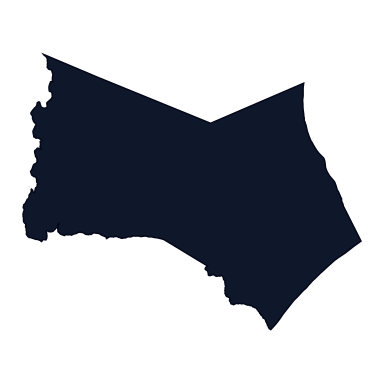 Coronel Felipe Varela, La Rioja, Argentina
{"feature_id": "61730980B22460334108875", "entity_name": "Coronel Felipe Varela", "entity_type": "district", "adm_level": 2, "iso_a3": "ARG", "parent_name": "Argentina", "parent_adm1": "La Rioja", "projection": "mercator", "projection_center": [-68.539, -29.475], "detail": "fine", "context": "isolated", "style": "filled", "palette": "ink", "viewbox_px": 384, "rotation_deg": 0, "n_neighbors": 0, "source": "geoboundaries", "source_scale": "gbopen_adm2", "svg_char_len": 5789}
<svg xmlns="http://www.w3.org/2000/svg" viewBox="0 0 384 384"><path d="M361.0,241.1L343.4,206.2L342.9,204.0L341.9,201.9L341.6,200.8L341.5,198.5L340.9,197.5L338.6,192.1L337.4,190.1L336.9,189.1L336.4,186.8L334.8,182.4L334.2,181.4L331.2,177.8L329.7,176.1L327.3,172.1L326.4,170.0L325.6,167.8L325.4,166.7L325.2,164.3L324.7,160.9L324.0,158.7L323.3,157.7L319.2,153.6L316.4,150.0L313.4,145.0L312.3,142.9L311.0,141.0L309.2,136.7L307.3,131.2L305.8,124.4L305.2,123.5L305.1,122.3L304.5,121.2L304.2,120.1L304.2,117.8L303.9,116.7L303.6,113.3L303.0,108.6L302.9,106.3L302.9,104.0L302.6,100.5L303.1,95.9L303.1,87.8L303.7,83.2L210.6,123.3L97.0,77.0L43.5,54.4L44.1,55.2L44.5,55.4L45.0,55.9L45.7,56.4L46.5,57.2L47.1,58.2L47.4,59.3L47.3,61.0L47.6,62.2L47.4,64.4L47.5,66.0L47.2,67.1L48.0,68.3L48.9,69.3L51.5,69.9L51.6,70.1L52.9,74.4L53.0,75.0L52.5,76.8L52.4,79.9L52.5,80.5L53.1,81.4L53.1,82.0L52.8,82.0L52.4,81.8L51.2,81.6L50.8,81.7L50.4,82.1L50.4,82.7L49.7,84.0L49.0,86.6L49.0,88.9L49.3,91.0L50.0,91.5L51.3,91.9L51.9,92.4L52.3,96.1L52.2,97.1L51.4,98.8L50.2,99.7L49.5,100.6L48.8,101.0L48.6,101.3L47.9,101.8L46.9,102.8L46.8,103.3L47.2,106.2L47.1,107.0L46.6,107.5L46.0,107.9L45.2,108.1L43.8,108.2L42.7,107.9L41.1,106.9L40.1,103.9L40.0,103.0L39.6,102.6L39.6,102.2L39.0,101.9L38.4,102.0L37.1,103.0L37.1,104.3L36.3,106.4L35.2,107.6L34.5,108.0L33.4,109.6L32.8,110.0L31.7,111.7L31.2,112.4L30.9,113.0L31.0,113.9L31.7,115.0L32.3,115.7L32.6,116.3L32.5,118.3L33.5,121.2L33.7,121.6L34.2,122.0L34.6,122.7L35.4,123.4L36.0,124.4L36.2,125.0L36.0,125.4L35.3,126.0L35.0,126.4L34.5,128.2L34.2,128.4L33.0,131.1L33.0,132.2L33.2,132.5L33.2,133.4L33.6,135.0L33.8,136.8L35.2,137.4L35.8,138.1L36.2,138.2L38.0,137.9L38.4,138.0L39.4,138.8L40.3,139.1L41.0,139.6L41.5,140.4L41.1,140.9L40.5,141.2L40.2,141.6L40.2,142.0L40.4,142.8L40.5,145.2L40.1,146.1L40.1,146.9L41.1,147.8L41.3,148.6L40.7,149.3L40.3,149.2L39.7,148.7L39.2,148.4L37.5,148.1L37.0,148.5L36.6,149.3L34.9,150.5L34.8,150.8L34.6,151.6L34.8,153.0L35.1,153.8L35.6,156.5L36.3,157.4L36.9,158.5L36.9,159.1L37.0,159.3L37.1,159.8L37.0,160.7L37.2,161.4L36.8,162.3L36.5,162.6L36.1,163.3L34.1,164.3L33.7,164.7L33.2,165.7L32.1,169.0L31.2,170.7L30.7,171.1L30.6,171.7L31.5,174.4L32.0,175.3L32.6,175.6L33.7,176.5L34.7,176.7L35.9,177.3L36.1,177.6L36.6,179.4L36.7,182.1L37.3,182.7L37.5,183.5L37.5,184.2L37.2,184.6L37.1,186.6L35.7,187.8L35.3,188.6L35.1,190.2L34.7,191.9L34.2,192.4L33.6,192.5L33.0,191.7L32.7,190.3L32.1,189.7L31.5,189.1L31.2,189.4L31.3,190.2L31.2,191.7L30.9,192.6L29.3,194.8L29.0,196.0L29.1,197.1L28.9,197.6L28.1,199.0L27.4,199.2L27.1,199.6L26.7,200.3L26.6,200.9L25.9,202.0L25.7,202.7L24.9,203.7L23.7,204.9L23.7,205.5L23.2,207.4L23.3,207.9L24.1,208.8L24.2,210.0L23.4,212.5L23.0,214.5L23.2,215.1L23.1,216.3L23.6,218.7L23.5,220.2L23.6,221.6L24.5,223.0L25.3,223.6L25.7,224.0L25.7,225.2L25.6,225.7L25.6,227.3L26.2,228.2L26.2,230.4L26.6,231.5L26.4,234.5L27.2,235.4L27.8,236.5L28.7,237.0L29.1,237.5L30.3,237.5L36.0,239.4L36.9,239.3L38.1,239.6L38.9,240.0L39.9,240.3L41.0,241.0L41.3,241.5L42.1,241.0L42.4,240.2L43.0,239.7L43.5,239.6L45.9,239.9L46.1,239.7L46.8,237.9L46.8,236.3L47.0,235.8L46.9,235.5L46.7,235.3L46.7,233.5L46.6,232.8L46.3,232.3L46.5,231.2L47.1,230.7L47.9,231.0L48.1,231.2L48.5,231.2L49.0,231.7L50.7,231.8L52.0,231.6L53.1,231.2L53.9,230.5L54.2,229.9L55.0,229.4L55.7,228.4L57.4,227.1L57.7,225.2L58.4,223.9L58.9,223.6L58.2,226.1L58.1,227.7L57.8,228.2L57.8,229.3L58.0,230.0L58.0,231.7L59.0,232.5L59.8,233.5L60.3,233.9L61.2,234.4L63.7,235.3L64.7,235.5L65.4,234.9L66.2,234.5L67.5,234.9L70.4,234.6L71.2,235.1L71.6,235.1L73.8,234.0L76.5,233.4L77.6,232.7L78.9,232.3L80.1,232.2L80.6,232.2L81.0,232.4L82.7,232.5L84.9,233.8L85.6,234.3L88.6,234.7L89.6,234.4L91.2,234.4L93.3,233.0L94.2,232.7L94.7,233.0L98.2,233.4L99.4,233.7L101.7,235.2L105.3,236.6L105.9,237.0L106.4,237.6L106.5,238.5L106.9,238.5L107.7,237.7L108.4,237.5L109.0,237.0L109.9,236.7L112.1,236.7L113.5,237.0L114.7,236.4L115.3,236.6L116.9,236.4L117.5,236.6L118.3,237.3L119.5,237.4L121.4,238.3L123.3,238.1L124.0,237.8L125.7,237.9L127.2,237.0L128.2,236.8L130.0,236.9L131.3,236.7L132.7,236.1L133.7,235.9L134.2,235.9L134.7,236.1L138.9,236.0L140.8,236.6L145.2,236.0L146.5,236.2L148.8,236.9L150.7,236.8L152.2,237.0L153.8,237.4L157.7,237.9L161.9,238.9L164.0,239.6L207.4,265.9L206.5,266.6L205.6,267.7L205.2,268.7L205.2,269.2L205.8,269.8L207.1,270.5L207.7,271.4L208.3,273.4L208.3,274.5L208.5,275.2L209.1,275.5L210.0,275.6L212.7,274.8L213.7,274.7L214.5,275.1L215.4,275.9L216.1,276.2L216.9,276.3L217.8,276.0L218.7,275.9L219.2,275.9L219.3,276.0L219.9,276.2L220.8,275.5L221.2,275.3L221.6,275.3L222.6,276.5L223.1,276.8L223.6,279.4L224.7,280.7L224.9,281.3L225.0,283.6L225.2,284.0L225.2,285.0L225.7,286.1L225.6,286.7L225.1,287.7L225.2,289.1L224.9,290.4L225.2,291.9L225.0,293.7L225.6,294.3L226.0,295.7L226.4,296.2L226.8,296.5L228.3,297.1L228.7,297.4L229.5,297.6L230.0,298.1L230.0,298.3L229.7,299.2L229.5,300.6L230.1,301.7L230.7,302.3L230.9,303.6L231.1,303.9L231.4,304.0L232.0,304.0L232.7,304.3L233.1,304.6L233.7,304.6L234.4,304.4L235.3,303.8L236.5,303.5L237.6,303.5L238.4,303.8L239.7,303.3L240.2,303.4L241.2,303.8L243.9,303.6L247.1,305.0L249.8,305.2L250.0,305.6L250.5,305.6L251.3,305.4L251.7,305.5L252.5,306.7L253.2,306.7L254.4,307.5L256.0,308.0L256.3,308.2L257.2,309.7L258.0,310.1L258.4,311.3L259.3,312.0L259.8,313.4L260.3,313.7L261.1,315.2L262.2,315.9L262.8,317.1L263.2,318.1L264.0,318.3L264.7,318.8L265.7,320.0L265.6,320.5L265.8,320.6L265.8,321.4L266.9,323.2L266.9,323.6L267.4,324.2L267.4,325.2L268.2,326.0L268.3,326.9L269.3,328.7L270.6,329.4L270.8,329.6L275.5,324.4L278.4,320.8L280.5,317.9L283.1,314.0L293.9,300.3L297.3,297.0L302.8,291.0L306.3,287.9L308.5,285.2L312.4,280.9L315.8,277.7L319.9,273.6L322.5,271.3L326.8,267.3L334.6,260.3L338.3,257.6L345.1,253.1L353.4,246.6L361.0,241.1Z" fill="#0f172a" stroke="#020617" stroke-width="1.5"/></svg>